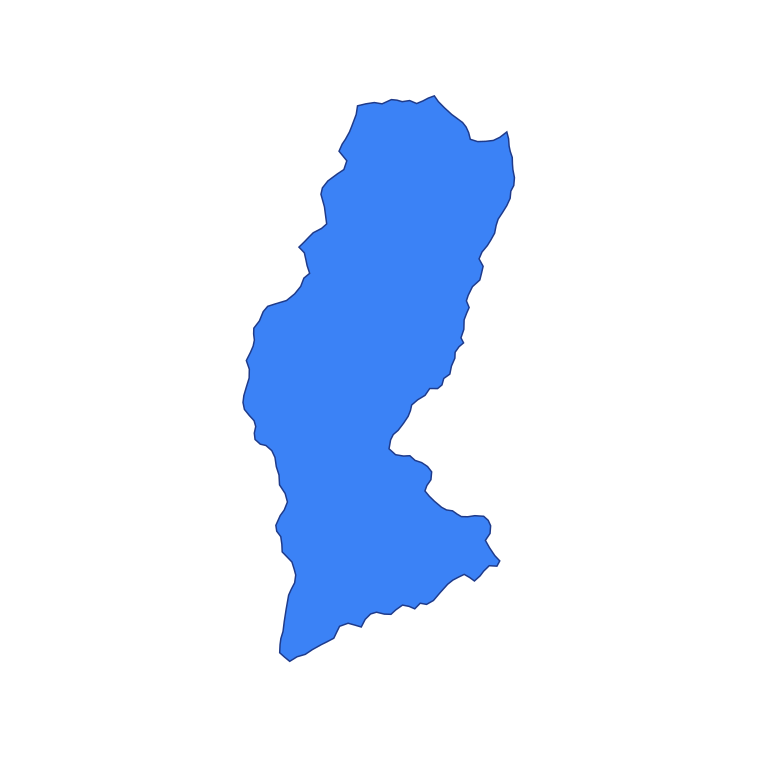 the district of Capetinga, Minas Gerais, Brazil, rotated 42°
{"feature_id": "56859067B5819278001794", "entity_name": "Capetinga", "entity_type": "district", "adm_level": 2, "iso_a3": "BRA", "parent_name": "Brazil", "parent_adm1": "Minas Gerais", "projection": "natural_earth1", "projection_center": [-47.021, -20.66], "detail": "fine", "context": "isolated", "style": "filled", "palette": "blue", "viewbox_px": 768, "rotation_deg": 42, "n_neighbors": 0, "source": "geoboundaries", "source_scale": "gbopen_adm2", "svg_char_len": 2762}
<svg xmlns="http://www.w3.org/2000/svg" viewBox="0 0 768 768"><g transform="rotate(42 384 384)"><path d="M529.7,579.8L527.5,571.5L527.9,563.9L531.1,558.6L538.2,554.8L543.3,550.5L543.9,544.0L545.7,535.9L551.4,532.5L557.3,530.5L557.6,522.7L563.1,519.3L565.6,511.8L565.3,501.3L565.3,490.2L566.4,483.6L568.6,477.7L571.0,471.8L577.1,470.5L583.0,469.9L583.8,462.3L583.3,456.4L583.8,448.6L589.8,443.8L588.4,438.0L581.1,437.4L572.0,435.1L564.0,432.4L562.8,424.1L558.1,418.0L552.7,415.6L546.6,415.6L539.6,421.1L535.1,426.6L530.2,430.8L525.2,431.8L519.8,432.4L514.7,435.8L509.3,437.1L499.9,437.4L492.7,437.1L486.0,436.1L483.8,430.8L482.9,423.7L478.2,417.4L471.6,416.2L464.6,417.2L458.2,420.0L451.2,420.0L446.7,424.5L439.9,428.8L431.1,428.8L426.3,421.1L424.7,415.4L425.5,408.9L424.8,400.2L423.6,391.9L421.4,386.0L418.6,381.1L419.6,373.2L422.1,364.9L421.0,356.8L426.9,351.5L427.7,345.9L424.7,339.9L426.3,332.6L422.1,325.5L419.4,317.4L415.6,312.8L414.8,306.1L415.6,300.2L410.3,298.2L406.8,290.0L400.6,282.7L398.0,276.0L396.1,270.2L389.6,267.1L387.2,261.7L384.6,252.5L385.6,242.6L382.6,236.9L378.9,230.2L370.9,227.4L368.5,220.3L368.2,212.1L367.1,205.8L365.3,197.9L361.2,191.1L358.5,185.1L357.3,177.2L355.9,169.3L353.5,161.6L349.2,155.8L347.6,149.6L342.9,143.4L336.3,138.4L332.3,134.6L327.7,129.8L322.2,126.7L317.8,123.5L312.5,118.4L306.6,114.5L305.0,123.2L302.3,129.8L297.2,135.6L291.4,141.2L284.4,144.4L278.8,140.6L273.1,138.1L267.5,137.1L261.1,137.7L254.0,138.4L244.1,138.3L235.5,137.8L228.6,136.2L225.6,141.9L223.5,147.6L220.6,153.7L213.4,156.2L208.6,162.0L203.7,164.4L199.2,167.7L195.1,177.1L188.5,181.3L183.0,188.0L178.2,195.0L183.0,202.3L187.6,214.1L189.7,219.8L191.6,228.0L192.4,233.7L194.8,241.1L207.0,243.0L210.7,251.5L208.8,258.8L206.4,270.6L207.0,279.5L210.2,285.2L221.2,292.2L234.3,303.4L233.5,310.1L230.2,318.9L229.9,324.7L229.7,331.4L229.2,339.2L237.0,339.8L243.2,344.2L247.7,347.5L254.7,351.5L253.6,358.9L256.8,367.2L257.3,376.8L255.7,387.2L249.9,396.7L245.6,404.1L245.8,411.0L249.2,420.5L249.9,429.6L253.6,434.0L258.3,438.1L261.4,443.4L263.6,449.9L266.0,458.7L274.0,463.1L279.8,469.8L283.9,478.7L287.6,486.4L291.6,492.1L297.3,496.3L304.8,497.5L312.0,498.2L317.1,501.4L320.5,507.3L325.3,511.5L332.3,511.5L337.4,508.7L345.2,508.6L352.1,511.5L359.3,517.5L366.9,521.9L373.9,528.9L383.8,531.5L391.2,536.3L394.2,544.5L394.9,551.2L398.2,561.4L402.8,565.2L409.4,566.5L415.4,571.5L420.7,576.9L429.5,577.5L434.7,577.9L441.3,581.8L446.2,585.0L450.6,591.5L452.5,598.8L454.4,604.7L461.9,616.7L468.9,627.4L474.5,635.4L477.7,642.2L481.2,647.3L486.3,653.5L493.2,653.5L499.5,653.2L501.9,644.9L506.4,637.6L508.5,629.3L511.7,619.9L514.7,612.2L516.8,606.5L515.2,601.1L513.1,593.8L517.4,585.8L523.6,582.7L529.7,579.8Z" fill="#3b82f6" stroke="#1e3a8a" stroke-width="1.5"/></g></svg>